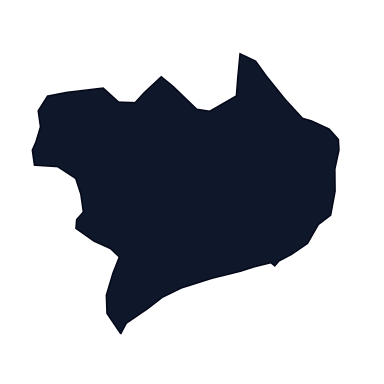 Vännäs, Västerbotten, Sweden, rotated 262°
{"feature_id": "70781695B10556345050301", "entity_name": "Vännäs", "entity_type": "district", "adm_level": 2, "iso_a3": "SWE", "parent_name": "Sweden", "parent_adm1": "Västerbotten", "projection": "albers", "projection_center": [19.683, 63.961], "detail": "fine", "context": "isolated", "style": "filled", "palette": "ink", "viewbox_px": 384, "rotation_deg": 262, "n_neighbors": 0, "source": "geoboundaries", "source_scale": "gbopen_adm2", "svg_char_len": 866}
<svg xmlns="http://www.w3.org/2000/svg" viewBox="0 0 384 384"><g transform="rotate(262 192 192)"><path d="M107.3,263.7L111.6,268.5L116.4,281.9L125.0,299.2L142.2,312.6L149.8,326.1L172.8,333.8L194.9,336.7L213.2,343.4L221.6,344.1L223.7,344.3L235.2,336.6L245.7,320.3L249.6,311.7L270.6,297.2L296.4,281.8L312.7,273.2L322.2,258.8L298.3,253.1L281.0,249.3L269.5,220.7L273.3,208.2L299.0,188.1L310.4,177.6L297.0,158.5L288.4,148.1L291.2,131.9L307.3,118.5L308.1,82.3L307.1,62.3L293.8,51.0L277.6,51.0L263.3,44.4L255.7,39.7L241.0,39.7L240.5,39.7L235.8,62.5L221.6,78.7L205.4,81.6L187.3,81.6L180.7,73.9L172.1,72.0L156.9,88.2L147.3,103.4L137.8,111.0L122.6,102.4L101.7,92.8L83.6,90.9L62.6,101.2L61.8,101.9L62.7,102.5L71.2,108.7L82.7,131.9L91.8,147.8L98.4,167.9L103.8,199.7L106.8,229.1L109.2,242.6L111.0,260.3L107.3,263.7Z" fill="#0f172a" stroke="#020617" stroke-width="1.5"/></g></svg>